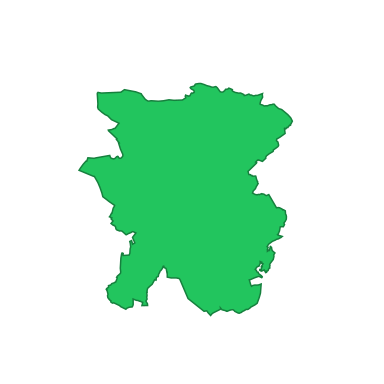 Petrestii De Jos, Cluj, Romania (orthographic projection), rotated 245°
{"feature_id": "2599482B6120631098136", "entity_name": "Petrestii De Jos", "entity_type": "district", "adm_level": 2, "iso_a3": "ROU", "parent_name": "Romania", "parent_adm1": "Cluj", "projection": "orthographic", "projection_center": [23.62, 46.582], "detail": "fine", "context": "isolated", "style": "filled", "palette": "green", "viewbox_px": 384, "rotation_deg": 245, "n_neighbors": 0, "source": "geoboundaries", "source_scale": "gbopen_adm2", "svg_char_len": 6016}
<svg xmlns="http://www.w3.org/2000/svg" viewBox="0 0 384 384"><g transform="rotate(245 192 192)"><path d="M213.8,312.9L217.6,312.8L221.7,311.5L228.5,308.3L229.5,307.5L230.5,306.2L231.6,305.5L235.0,304.0L236.7,303.7L237.4,302.6L237.4,301.4L238.1,299.5L238.3,296.3L238.8,295.8L239.4,293.9L241.2,292.5L242.6,290.9L243.1,290.8L245.6,292.8L248.1,296.1L250.7,296.9L251.4,297.5L251.9,292.1L252.7,290.5L252.9,288.7L253.6,287.8L254.8,286.8L255.1,285.9L256.7,285.0L256.9,281.7L257.3,280.1L258.4,280.2L260.7,278.3L261.4,277.5L261.7,276.3L264.2,273.0L266.3,271.4L267.4,271.3L267.7,271.8L268.1,271.6L270.6,269.3L270.2,268.0L270.3,267.1L270.8,266.3L270.9,265.8L270.1,264.6L269.6,262.6L269.7,261.6L270.1,260.9L271.0,259.9L275.7,259.0L277.1,258.4L277.5,258.1L278.0,255.5L278.8,254.1L280.1,252.9L282.1,250.4L284.1,248.6L286.6,245.9L287.4,244.2L288.3,241.0L288.2,240.3L287.3,239.3L287.2,238.4L287.7,235.2L287.4,234.5L286.9,234.5L285.7,234.9L283.3,236.6L281.6,236.3L281.3,235.9L281.4,235.1L281.2,234.3L281.8,233.7L281.9,233.4L281.5,232.5L280.1,230.8L280.2,230.1L280.5,229.5L280.4,229.1L281.2,228.6L281.7,227.9L282.5,227.2L281.6,226.3L280.3,226.3L279.9,226.0L279.7,223.7L279.5,223.3L279.5,222.0L282.7,214.4L285.3,210.1L286.8,204.5L288.5,199.9L292.0,193.5L292.5,191.7L292.9,190.7L294.3,189.6L296.1,188.7L301.2,187.6L302.5,187.5L306.6,183.3L313.3,174.0L312.5,169.7L320.0,151.6L322.0,148.9L321.6,148.0L320.9,147.6L311.7,144.0L308.7,142.3L306.8,142.1L302.2,144.1L298.8,146.0L296.7,147.8L291.6,149.6L285.2,154.9L282.2,149.2L282.5,148.3L282.5,145.6L283.5,142.3L282.8,142.2L271.9,146.5L271.6,145.7L267.5,146.7L267.7,146.2L261.1,145.3L255.4,145.2L253.9,144.6L252.8,142.6L252.8,141.5L252.9,141.0L253.4,140.4L254.4,140.0L255.4,140.0L255.8,139.6L255.8,138.5L255.0,136.5L255.1,134.9L256.8,133.0L258.1,132.7L259.9,132.9L263.5,119.5L263.9,117.5L267.0,112.1L264.4,109.6L264.8,109.0L263.1,105.1L261.0,101.3L259.4,98.8L247.9,109.3L247.5,109.7L247.4,110.1L240.3,110.7L234.9,110.5L229.1,109.9L225.4,109.2L218.1,113.0L212.6,116.2L211.8,115.5L210.7,113.8L206.6,110.5L206.8,110.1L205.1,108.0L204.4,106.7L202.4,108.4L201.8,107.3L199.1,108.2L197.7,105.3L195.0,106.6L195.0,107.1L193.1,108.0L190.7,107.5L190.0,107.6L189.3,107.9L187.2,110.0L186.9,111.1L186.0,112.1L181.2,114.1L181.0,114.5L181.2,116.6L181.0,119.5L181.3,121.2L180.7,122.1L178.6,123.8L176.0,118.9L170.0,118.7L169.8,116.1L173.5,116.7L173.5,114.7L171.4,114.3L168.1,113.2L167.0,112.2L165.5,111.3L162.7,109.8L161.4,108.3L163.6,102.7L164.2,102.9L165.4,103.7L166.3,102.9L165.6,102.0L162.1,99.6L153.2,94.8L149.7,93.6L148.7,93.0L148.2,91.9L147.3,88.8L146.5,87.6L145.9,88.0L145.1,87.4L142.6,84.7L142.8,83.9L142.6,82.9L142.9,80.6L142.0,78.8L142.4,77.5L142.4,76.7L140.9,76.1L140.6,74.0L140.4,73.8L139.6,73.7L139.8,73.2L138.1,73.3L135.5,72.8L134.7,72.6L133.7,71.6L131.8,71.1L129.7,71.5L129.6,71.8L128.4,71.9L127.7,72.5L127.0,72.1L126.4,72.0L125.0,72.9L124.7,73.4L124.7,74.2L119.5,78.5L118.5,78.7L113.7,82.5L114.2,84.1L114.1,86.5L113.1,89.2L113.9,90.3L115.0,91.2L119.9,93.4L117.4,95.7L116.3,97.5L115.3,98.1L115.0,98.9L113.9,99.6L112.8,100.7L110.2,98.6L107.9,103.8L109.5,104.4L112.7,104.1L113.9,106.0L116.2,106.6L116.6,107.2L117.4,107.6L120.2,108.5L120.1,109.0L121.3,109.4L123.3,110.9L123.8,112.1L123.9,112.7L124.1,112.9L125.2,116.9L128.3,121.1L127.3,122.1L128.2,122.8L129.0,123.1L129.6,123.7L129.8,124.6L129.7,125.7L131.8,127.2L132.6,128.5L133.8,129.6L134.0,130.6L134.9,132.3L136.9,134.6L136.7,135.1L135.2,134.8L134.0,136.0L132.9,136.1L129.5,135.2L129.5,135.5L125.3,133.6L122.9,136.8L120.8,141.4L119.1,143.7L118.0,144.1L97.1,143.4L78.8,152.5L78.1,155.1L75.6,155.6L72.2,156.7L73.1,158.4L73.5,160.3L73.7,168.4L74.9,168.8L72.6,169.4L70.0,172.6L69.8,172.5L69.3,172.9L69.0,173.5L68.9,176.1L68.6,177.8L68.0,179.4L66.8,180.1L65.8,180.3L63.0,182.5L62.2,183.5L62.0,186.0L62.4,187.1L62.4,189.3L62.6,190.0L62.5,190.7L62.8,191.4L62.1,192.6L62.0,193.5L62.5,196.0L62.8,196.5L63.1,201.4L63.6,204.0L67.9,208.3L71.4,211.3L79.4,215.8L79.6,213.2L80.2,211.4L81.1,209.7L81.6,207.6L81.4,206.1L83.0,206.0L88.2,206.8L87.9,208.0L87.8,212.4L87.4,216.6L86.9,217.3L84.9,219.0L85.3,219.8L85.5,219.9L87.0,219.4L90.0,217.8L91.3,218.1L91.9,217.2L93.2,217.1L93.8,217.3L94.7,216.7L95.2,216.6L96.6,219.3L96.7,220.4L96.4,221.2L96.6,221.5L98.5,223.7L100.2,224.4L98.8,225.6L98.1,224.9L96.9,226.0L95.1,223.4L94.7,224.0L93.7,222.7L92.3,222.0L93.1,220.7L92.5,220.3L92.3,220.4L91.3,221.1L90.9,221.6L90.8,224.5L87.8,224.7L87.7,225.6L88.3,225.8L88.4,226.3L88.7,226.3L88.5,226.7L88.7,227.8L89.8,228.9L90.2,229.7L90.3,230.5L91.1,230.5L92.4,231.6L93.1,231.5L94.2,232.7L96.5,237.1L98.9,239.0L100.6,239.6L101.7,241.4L104.3,240.2L105.7,239.9L106.5,240.3L107.3,240.2L108.2,240.7L109.1,240.2L110.1,240.2L109.3,239.8L106.4,237.5L107.0,237.1L106.9,236.8L106.6,236.6L106.4,235.3L107.2,235.7L107.4,236.0L107.8,235.8L109.7,237.6L110.7,236.9L112.3,239.3L113.3,244.0L113.2,247.4L113.4,248.5L113.0,250.6L113.2,251.9L113.1,253.1L113.6,255.0L116.4,251.9L117.2,251.5L117.5,252.4L119.8,254.9L123.1,257.2L122.9,258.1L121.9,260.1L123.4,262.1L124.6,262.1L125.3,262.5L125.9,263.9L127.5,266.0L129.8,267.2L131.5,267.6L132.3,267.4L135.5,268.6L137.3,267.4L137.3,266.8L138.4,266.5L140.7,264.7L141.4,263.7L142.0,261.9L157.2,260.5L157.3,257.9L157.7,257.4L159.6,256.3L160.4,255.3L160.5,254.6L161.0,254.5L161.2,252.6L161.1,252.0L161.8,251.1L161.9,249.8L163.4,247.8L164.7,247.1L165.4,246.4L167.0,247.8L168.2,250.9L169.6,252.4L171.7,255.5L172.3,255.3L173.8,255.9L174.0,255.7L176.4,255.9L179.4,256.5L179.7,256.2L180.1,255.0L180.9,253.3L181.6,253.4L182.2,252.5L183.0,252.3L183.8,250.9L187.0,251.5L190.9,262.6L191.3,263.0L192.2,262.3L193.2,264.8L192.8,265.1L193.0,265.8L190.0,268.7L190.3,270.0L190.8,271.3L191.3,273.1L192.4,273.5L193.3,274.8L194.0,278.0L194.5,282.6L194.9,283.1L195.8,283.5L196.2,286.3L196.8,289.0L197.4,290.0L198.2,290.4L201.0,291.0L202.8,290.2L204.2,291.2L204.5,294.8L205.7,301.1L210.6,302.7L210.6,303.1L209.6,303.7L210.4,305.5L209.9,306.0L211.1,308.3L210.9,309.1L211.0,309.6L211.6,309.6L211.9,310.5L213.8,312.9Z" fill="#22c55e" stroke="#15803d" stroke-width="1.5"/></g></svg>